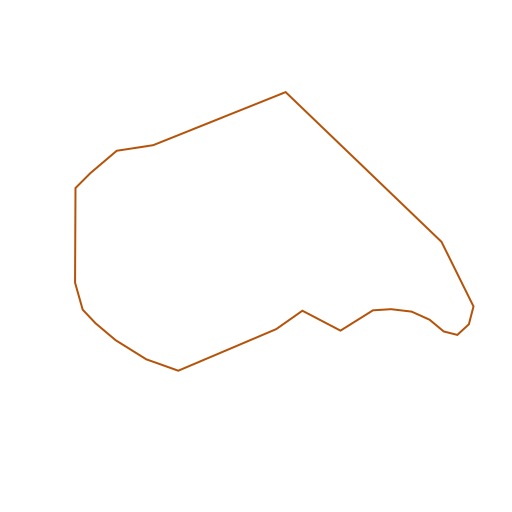 the Municipality of Štore, rotated 247°
{"feature_id": "SVN-997", "entity_name": "Štore", "entity_type": "Municipality", "adm_level": 1, "iso_a3": "SVN", "parent_name": "Slovenia", "parent_adm1": "", "projection": "albers", "projection_center": [15.32, 46.198], "detail": "fine", "context": "isolated", "style": "outline", "palette": "amber", "viewbox_px": 512, "rotation_deg": 247, "n_neighbors": 0, "source": "natural_earth", "source_scale": "10m", "svg_char_len": 449}
<svg xmlns="http://www.w3.org/2000/svg" viewBox="0 0 512 512"><g transform="rotate(247 256 256)"><path d="M274.3,75.5L302.1,79.0L389.1,116.4L397.0,135.9L407.3,168.9L398.2,204.6L395.3,347.3L196.5,432.3L124.6,436.5L110.0,425.3L104.7,410.5L113.2,399.3L129.5,390.9L144.0,377.5L154.3,359.5L160.3,342.4L154.3,304.6L187.5,277.3L180.8,246.1L180.8,139.6L203.8,114.6L233.3,93.9L256.8,82.0L274.3,75.5Z" fill="none" stroke="#b45309" stroke-width="2"/></g></svg>